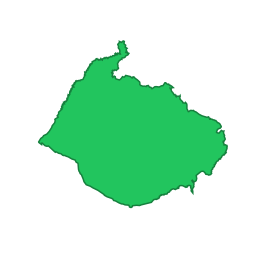 outline of Temanggung, Jawa Tengah, Indonesia, rotated 339°
{"feature_id": "22746128B37534287210764", "entity_name": "Temanggung", "entity_type": "district", "adm_level": 2, "iso_a3": "IDN", "parent_name": "Indonesia", "parent_adm1": "Jawa Tengah", "projection": "natural_earth1", "projection_center": [110.153, -7.24], "detail": "fine", "context": "isolated", "style": "filled", "palette": "green", "viewbox_px": 256, "rotation_deg": 339, "n_neighbors": 0, "source": "geoboundaries", "source_scale": "gbopen_adm2", "svg_char_len": 5792}
<svg xmlns="http://www.w3.org/2000/svg" viewBox="0 0 256 256"><g transform="rotate(339 128 128)"><path d="M42.8,106.5L39.6,109.0L39.6,109.6L41.3,112.3L41.5,111.6L42.3,111.2L44.3,114.9L45.8,116.0L47.3,116.3L51.2,124.2L51.5,124.6L52.1,124.3L52.4,124.5L54.2,126.7L56.3,128.1L57.2,129.9L58.3,130.8L59.3,131.0L60.1,132.1L61.9,133.5L64.4,136.7L67.1,138.9L67.4,141.4L68.5,142.7L68.6,143.4L67.0,148.8L66.8,150.8L67.1,152.1L67.0,153.4L67.8,154.9L67.9,159.6L67.7,162.4L68.7,166.0L72.0,168.9L73.7,171.2L77.6,175.4L81.6,181.2L82.1,182.2L81.9,182.4L83.8,184.7L87.6,187.9L88.4,189.0L88.6,190.5L90.1,191.5L92.7,194.6L94.7,196.5L96.1,197.2L97.7,198.7L100.8,200.2L101.2,200.6L101.1,202.3L102.3,203.3L103.7,203.1L104.4,202.2L108.3,203.2L111.0,204.5L113.0,204.5L123.2,205.8L126.3,204.1L128.7,204.5L128.8,204.8L130.2,204.8L130.7,204.4L131.4,204.8L132.4,204.1L132.8,203.0L133.7,203.0L134.1,202.5L134.8,202.3L135.1,202.7L135.5,202.3L135.9,202.7L136.9,202.8L137.4,203.3L137.9,203.3L138.1,202.8L140.7,203.6L142.1,202.5L143.7,202.6L144.8,201.7L145.6,201.7L146.0,201.1L146.5,201.0L148.6,201.0L150.2,202.4L151.8,202.1L153.7,202.4L154.1,201.6L153.8,201.3L154.4,201.3L155.3,200.4L157.2,200.8L158.7,201.7L160.1,203.4L160.8,203.4L160.8,204.1L162.1,204.3L162.8,203.8L162.8,203.3L163.3,203.5L163.8,203.3L164.6,203.5L165.8,204.6L165.2,205.9L165.1,208.3L164.4,209.3L165.2,211.9L165.9,210.0L165.8,208.2L166.4,208.2L167.1,207.3L168.5,206.4L168.5,205.6L169.6,203.8L169.3,201.9L168.9,201.3L168.9,199.9L169.4,199.9L169.3,200.6L169.9,201.0L170.2,202.2L172.7,201.6L174.0,199.9L174.7,196.7L180.6,194.8L182.5,195.2L183.1,195.8L183.8,197.4L184.1,199.1L185.8,200.0L186.5,200.9L188.5,201.1L189.9,200.2L189.7,199.4L190.6,198.3L190.4,197.8L191.1,197.1L192.5,196.5L192.6,195.7L194.8,194.9L195.4,193.3L195.9,193.6L197.0,192.6L197.1,192.2L197.5,192.3L197.8,191.7L199.2,190.9L200.4,190.9L201.6,189.7L202.5,189.5L202.7,190.1L203.2,190.0L203.1,189.4L204.7,189.0L205.4,188.0L207.4,187.3L208.0,187.5L208.0,187.1L208.4,187.3L210.5,186.3L210.2,185.7L210.9,185.6L210.7,185.1L212.8,182.9L213.4,182.0L213.3,181.4L214.1,180.5L214.0,179.6L213.5,179.5L212.9,178.6L211.6,178.2L211.9,177.3L211.8,175.7L212.1,175.5L211.8,175.1L212.2,174.5L213.1,174.6L214.8,173.2L214.9,170.1L215.5,169.5L215.3,167.9L215.6,166.3L216.4,165.2L215.3,165.0L214.3,163.7L211.1,165.4L209.6,164.5L209.1,163.6L210.9,161.5L212.5,161.1L214.0,161.2L215.4,160.4L215.6,159.9L215.2,157.0L214.4,155.7L213.6,155.2L212.6,152.4L211.8,152.2L211.4,151.4L210.4,150.9L209.5,149.8L207.7,149.2L208.2,148.6L207.3,147.7L207.2,146.5L205.5,146.3L201.5,143.2L199.1,140.5L197.4,137.6L195.8,136.1L195.5,135.1L193.9,134.7L193.2,134.1L192.3,134.0L190.8,134.5L190.2,134.3L189.9,131.1L191.3,127.5L191.4,126.1L190.8,124.8L190.4,125.4L188.2,124.1L188.4,123.1L187.0,120.0L187.4,117.6L188.1,117.1L188.2,116.5L187.7,116.9L185.2,115.9L184.2,116.2L184.0,115.6L184.5,114.7L183.7,114.0L183.8,113.6L182.9,113.4L182.5,110.9L181.8,109.4L182.1,107.5L181.6,106.9L181.6,106.0L182.4,106.5L183.4,106.2L184.7,106.5L183.6,104.3L182.6,103.6L182.6,103.1L182.0,103.0L181.7,101.6L180.9,101.6L180.2,100.9L179.4,99.3L178.7,99.0L175.8,101.0L174.2,100.6L171.8,100.9L169.2,99.5L167.9,99.1L164.5,99.9L163.9,98.2L162.7,97.6L162.2,95.6L160.3,95.3L159.9,95.8L158.0,94.6L156.7,94.4L155.9,93.3L155.1,93.0L154.6,91.5L155.2,90.4L155.3,89.1L153.9,86.3L152.5,84.2L151.8,82.4L150.9,82.1L150.6,82.7L149.8,82.8L148.6,80.8L144.7,78.1L143.0,79.1L142.2,78.9L141.3,78.1L139.3,79.4L137.3,80.1L134.5,78.0L134.1,77.1L134.5,75.6L133.8,74.7L132.0,75.3L131.7,74.0L132.0,74.0L132.7,73.0L132.6,70.4L132.8,70.4L133.2,71.7L133.5,71.7L133.9,68.8L134.6,68.6L135.4,69.5L136.5,68.9L137.8,70.1L139.1,69.3L140.2,69.2L140.6,68.7L140.4,67.4L141.0,66.0L141.2,64.3L143.4,62.3L146.4,61.3L146.9,61.7L147.4,60.6L147.8,60.5L149.2,61.0L150.7,60.8L151.7,59.9L154.1,59.7L155.6,58.6L155.4,58.3L154.5,58.3L154.4,56.4L153.5,57.1L153.0,56.7L154.0,55.6L154.7,53.7L155.7,53.3L154.4,51.6L155.5,49.9L154.5,48.1L154.7,47.3L155.6,45.9L155.1,45.2L154.0,45.1L152.7,45.8L151.0,44.1L150.8,45.1L149.8,45.4L148.4,46.3L148.4,48.5L147.8,49.4L147.7,50.2L148.2,51.5L148.1,52.8L147.7,54.0L146.9,54.9L147.5,55.7L147.4,56.3L146.5,55.8L145.3,54.4L144.8,54.4L144.3,55.7L143.9,55.6L143.2,53.7L142.2,54.2L142.3,54.6L142.9,54.6L142.9,55.3L142.3,55.0L142.1,55.5L141.4,55.7L139.6,55.0L138.4,55.7L137.3,54.9L136.4,55.4L135.3,55.1L134.1,55.9L133.7,55.7L133.7,54.7L132.8,54.2L131.4,54.9L131.0,53.9L129.8,54.5L128.7,54.3L128.3,55.3L127.4,54.2L127.4,53.6L126.3,54.5L125.8,54.2L125.1,54.2L125.2,53.4L124.2,53.2L123.9,52.1L123.0,52.0L121.9,53.2L120.8,52.8L119.8,53.3L118.4,53.2L117.5,55.0L116.8,54.8L116.2,55.2L115.9,54.9L115.4,55.9L115.0,55.4L113.7,57.1L113.0,57.1L112.5,57.6L112.6,57.9L111.7,58.1L111.5,59.4L110.8,59.5L110.1,59.2L108.8,61.0L107.7,60.3L107.4,61.8L106.7,62.4L107.1,63.2L106.2,63.4L105.9,64.2L104.2,65.6L103.5,66.5L100.7,66.2L100.1,66.7L99.3,66.0L98.8,66.2L98.2,65.9L97.1,66.0L97.0,65.6L96.4,65.9L96.1,65.5L95.2,66.7L94.8,66.4L94.1,66.6L93.9,67.9L93.4,68.0L93.0,67.7L92.7,68.3L91.7,68.2L91.5,68.8L92.0,69.2L92.1,69.9L91.1,69.1L91.1,70.2L90.4,70.1L89.9,71.3L89.0,71.0L88.6,71.5L89.0,71.5L89.1,71.9L88.3,72.6L87.7,72.6L87.6,73.6L87.1,73.7L86.8,73.2L86.4,73.7L85.7,75.7L85.2,76.0L84.7,75.7L84.5,76.0L84.8,76.4L84.4,76.7L83.9,76.5L83.8,75.9L83.3,76.6L83.4,77.2L82.5,78.5L81.8,78.3L81.2,79.1L81.6,79.8L79.7,81.1L79.1,80.5L78.4,80.9L78.1,81.6L77.8,81.6L78.0,81.2L77.9,81.0L77.6,81.3L77.3,81.1L77.3,82.5L76.6,82.0L76.5,82.5L76.0,82.5L75.5,83.2L75.2,82.6L74.9,83.0L75.2,83.5L75.0,84.0L73.8,84.0L73.5,84.9L73.9,85.5L73.6,85.5L73.1,86.4L72.6,86.2L72.7,86.9L72.0,86.8L71.7,87.3L68.9,88.4L68.2,90.1L66.2,91.3L66.6,92.1L66.6,92.9L63.2,93.5L62.8,93.8L62.8,94.6L62.0,96.1L61.2,97.0L58.1,98.7L56.9,100.2L53.3,102.9L50.0,104.6L46.5,104.9L45.1,105.9L42.8,106.5Z" fill="#22c55e" stroke="#15803d" stroke-width="1.5"/></g></svg>